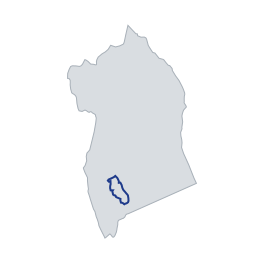 Kiruhura highlighted on a map of Uganda, rotated 336°
{"feature_id": "UGA-3371", "entity_name": "Kiruhura", "entity_type": "District", "adm_level": 1, "iso_a3": "UGA", "parent_name": "Uganda", "parent_adm1": "", "projection": "equal_earth", "projection_center": [30.869, -0.246], "detail": "fine", "context": "in_parent", "style": "outline", "palette": "blue", "viewbox_px": 256, "rotation_deg": 336, "n_neighbors": 0, "source": "natural_earth", "source_scale": "10m", "svg_char_len": 2856}
<svg xmlns="http://www.w3.org/2000/svg" viewBox="0 0 256 256"><g transform="rotate(336 128 128)"><path d="M168.0,206.4L165.3,206.4L161.0,206.4L156.6,206.4L152.3,206.4L147.9,206.4L143.6,206.4L139.2,206.4L134.9,206.4L130.5,206.4L126.1,206.4L121.8,206.4L117.4,206.4L113.1,206.4L108.7,206.4L104.4,206.4L100.0,206.4L95.7,206.4L93.1,206.4L92.6,206.3L92.3,206.1L90.6,206.5L88.9,208.0L87.1,208.6L85.2,208.4L84.9,208.5L83.9,208.5L82.5,208.4L81.3,208.8L80.3,210.0L79.3,212.2L77.5,214.7L76.1,216.9L74.9,218.5L72.2,221.0L70.7,221.8L70.0,221.7L69.5,221.2L68.7,217.9L68.2,217.4L62.9,219.1L62.1,219.1L62.2,218.1L61.8,210.3L61.7,205.5L62.4,202.6L62.8,199.1L62.9,196.1L63.8,191.0L63.5,187.9L64.7,177.1L65.0,175.3L65.5,170.1L66.3,168.5L67.0,167.8L67.9,164.6L69.6,159.5L70.8,156.9L70.6,151.1L70.8,147.2L71.0,146.3L73.6,144.8L76.9,141.2L78.3,137.0L80.3,134.2L84.1,132.5L95.5,117.8L100.8,109.9L103.1,105.9L103.2,104.5L103.6,102.5L102.7,101.1L101.6,99.7L101.2,98.5L100.3,97.8L98.9,97.9L98.0,97.0L97.0,95.2L96.0,94.1L92.8,94.2L90.3,92.4L90.3,89.9L91.3,85.0L93.2,79.4L93.3,77.9L93.0,76.6L92.5,75.5L91.7,74.4L90.9,73.0L91.5,69.0L92.7,65.1L93.7,63.1L94.6,60.9L94.4,59.1L93.0,58.2L93.7,56.5L95.2,53.5L98.1,50.5L100.6,48.5L102.3,48.5L105.7,50.1L108.7,52.0L110.3,52.1L112.3,51.3L116.4,48.0L117.4,49.0L118.6,51.0L119.9,54.4L122.6,55.9L123.8,57.0L124.7,57.3L125.2,57.0L126.2,54.4L127.4,52.9L129.6,51.1L134.4,49.7L137.9,49.3L139.4,48.9L141.9,48.1L145.8,45.4L149.6,48.9L153.8,49.6L157.8,49.5L159.0,48.5L159.7,47.7L163.9,41.9L169.7,34.2L173.5,45.1L174.8,45.8L174.6,46.7L174.3,47.6L176.8,50.3L179.9,51.6L181.0,53.0L181.1,54.4L180.1,60.8L180.3,62.6L181.3,69.0L183.1,70.5L184.7,76.9L188.0,79.6L188.5,80.4L189.2,83.5L190.2,86.9L191.0,87.7L191.5,87.9L192.5,91.6L191.9,93.6L192.7,99.8L193.9,105.3L194.3,111.9L194.3,114.8L194.2,116.6L194.0,119.1L193.4,120.6L192.3,122.0L191.2,124.2L190.2,126.6L189.5,127.8L190.0,131.3L189.9,132.3L189.6,132.7L188.1,133.3L186.2,134.2L185.1,135.2L183.5,137.0L182.1,139.0L180.4,144.7L177.5,149.2L177.0,150.7L174.3,153.4L173.1,156.7L172.3,160.7L171.3,163.6L169.0,167.6L168.4,173.9L168.5,186.4L167.9,200.7L168.0,206.4Z" fill="#d9dde1" stroke="#a8b0b8" stroke-width="1"/><path d="M88.8,169.4L88.2,167.9L89.3,167.2L90.2,167.2L92.2,167.2L93.3,167.2L95.2,167.1L96.9,166.6L97.4,168.0L97.9,169.2L98.0,170.5L98.0,172.6L97.8,173.4L97.5,173.8L97.3,174.3L98.0,174.5L98.8,174.8L99.0,177.5L98.5,180.3L98.5,182.4L98.8,183.6L99.2,184.7L99.9,187.3L100.3,188.4L100.5,189.6L100.2,190.7L99.8,192.3L98.8,194.8L97.9,195.8L96.9,196.1L95.8,196.2L94.7,196.0L94.2,196.1L93.6,196.2L93.3,195.7L93.1,195.0L92.3,194.0L91.2,193.3L91.4,192.2L91.5,191.2L92.3,189.7L89.6,186.9L89.0,186.1L89.1,184.9L88.7,184.2L88.1,184.0L87.3,182.8L87.7,180.8L87.8,179.9L88.2,179.2L88.8,178.8L86.8,177.9L87.2,175.7L88.1,173.8L89.3,172.2L90.4,169.4L88.8,169.4Z" fill="none" stroke="#1e3a8a" stroke-width="2"/></g></svg>